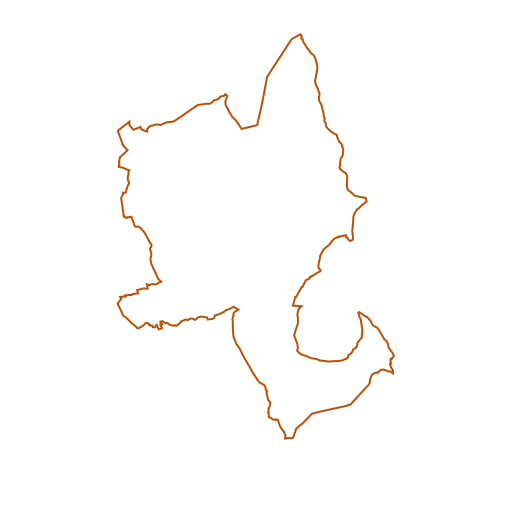 the district of Cojumatlán de Régules, Michoacán, Mexico, rotated 62°
{"feature_id": "50627088B52611553865920", "entity_name": "Cojumatlán de Régules", "entity_type": "district", "adm_level": 2, "iso_a3": "MEX", "parent_name": "Mexico", "parent_adm1": "Michoacán", "projection": "robinson", "projection_center": [-102.864, 20.109], "detail": "fine", "context": "isolated", "style": "outline", "palette": "amber", "viewbox_px": 512, "rotation_deg": 62, "n_neighbors": 0, "source": "geoboundaries", "source_scale": "gbopen_adm2", "svg_char_len": 6099}
<svg xmlns="http://www.w3.org/2000/svg" viewBox="0 0 512 512"><g transform="rotate(62 256 256)"><path d="M81.0,112.7L81.3,122.8L103.0,162.0L122.9,178.0L141.0,193.5L137.0,209.1L132.3,209.4L126.3,210.2L122.3,211.6L115.9,212.0L108.6,211.9L105.5,210.8L101.2,206.2L98.8,207.1L99.6,208.6L98.5,212.6L99.0,213.9L99.6,214.9L99.5,217.6L98.8,220.0L100.0,224.1L99.9,225.4L98.4,228.0L97.0,232.0L95.3,236.4L98.4,262.9L98.5,265.6L98.0,267.3L96.9,269.9L96.2,272.0L95.7,275.6L95.6,278.7L93.1,281.9L92.7,283.0L92.7,283.9L92.4,285.5L92.1,286.6L91.7,287.4L91.7,289.3L92.0,289.9L91.9,290.2L92.2,291.1L93.6,292.9L95.1,293.7L93.6,295.0L93.1,295.7L89.7,297.9L87.8,297.4L87.1,304.9L82.4,306.1L80.7,306.2L78.0,304.8L80.4,318.4L80.8,319.3L95.5,321.3L95.5,321.5L102.3,319.8L105.0,329.6L106.1,330.8L108.7,332.8L110.8,333.7L111.3,333.6L112.2,335.0L112.9,335.3L115.5,332.1L119.1,329.4L120.8,327.6L122.0,329.3L122.6,329.6L123.4,329.7L126.2,332.1L128.1,333.3L132.4,333.9L132.8,334.4L133.0,335.2L135.4,338.1L138.9,341.2L137.9,343.9L137.7,343.9L137.8,344.1L139.1,344.5L141.3,347.7L159.0,354.2L159.1,353.7L160.2,353.9L161.8,351.8L161.9,351.1L161.5,351.1L162.8,347.6L173.3,349.0L174.4,347.1L175.0,345.6L177.1,344.8L183.1,343.4L190.3,343.3L193.1,343.5L196.5,342.9L198.5,343.8L199.6,346.2L203.4,347.0L206.2,348.0L207.9,349.8L209.7,350.9L211.2,351.4L214.0,352.1L230.3,353.1L234.1,351.8L234.0,358.3L232.5,360.1L231.9,361.2L231.8,362.8L231.9,363.8L230.7,364.5L229.7,365.6L234.0,367.0L231.8,370.6L230.4,377.0L233.6,377.5L231.7,382.9L232.0,383.0L231.8,385.1L231.3,385.3L229.3,390.2L230.6,390.1L228.3,395.1L230.6,395.0L230.7,395.5L233.2,400.7L237.9,400.7L246.3,401.2L247.1,400.9L249.1,399.7L250.1,399.5L251.8,398.8L256.7,397.4L262.1,395.1L264.1,394.7L264.5,394.1L264.8,393.1L264.5,391.9L264.7,389.7L264.6,388.7L264.0,387.0L263.5,385.1L263.6,384.2L264.0,383.2L264.8,382.7L265.9,382.3L266.0,382.6L267.9,382.2L268.2,381.0L268.9,380.2L270.4,380.5L270.6,379.9L271.3,379.4L271.3,378.0L270.7,377.0L270.2,376.6L270.1,376.1L275.2,376.3L275.7,372.8L271.7,372.7L272.4,371.2L272.4,370.8L269.5,371.2L269.5,371.3L269.2,371.4L269.1,371.2L269.6,369.3L272.9,367.4L273.2,366.0L273.6,365.7L276.6,364.1L278.6,362.0L279.3,359.8L280.3,359.3L279.8,355.2L279.2,353.6L279.2,353.1L278.6,352.7L278.9,351.1L278.9,348.6L279.2,347.8L280.5,346.7L280.4,345.6L280.6,342.8L281.8,341.0L282.7,340.7L283.6,340.0L283.7,338.4L282.9,335.8L284.0,332.3L287.3,328.1L289.5,328.4L290.1,326.4L291.0,324.3L291.2,322.1L289.2,320.1L290.0,316.7L290.3,309.7L289.8,308.4L289.7,307.4L290.3,305.7L290.2,304.8L290.5,301.1L290.2,299.7L295.1,296.8L295.4,300.6L295.6,301.8L296.3,303.0L297.9,303.7L300.1,306.1L303.3,307.4L311.3,311.6L316.6,313.7L324.9,314.6L329.9,313.9L340.0,314.2L352.4,313.6L356.5,313.7L366.4,312.8L369.1,312.4L370.4,311.4L371.6,311.0L373.1,309.7L375.5,309.2L376.8,309.4L378.1,310.0L378.9,310.1L380.3,309.5L382.1,311.1L384.0,311.8L384.9,311.8L389.0,312.9L392.0,312.1L392.4,312.2L392.9,312.9L395.1,314.5L397.0,316.8L397.5,317.1L399.0,317.6L399.7,318.8L401.2,318.6L402.0,319.2L403.1,319.5L403.8,320.0L404.5,320.1L405.2,319.5L405.8,319.4L406.0,318.9L406.5,318.6L407.9,318.0L408.4,317.7L409.2,316.3L410.0,315.5L409.9,314.6L411.2,313.6L416.5,314.6L419.9,314.7L424.2,313.9L426.2,314.1L428.2,314.0L429.5,315.0L429.8,315.5L430.9,316.0L431.9,313.0L433.4,310.6L434.0,309.1L433.1,307.6L431.2,305.7L429.1,303.2L427.6,302.0L427.1,300.5L426.9,299.2L426.5,298.1L426.0,296.2L426.1,294.9L424.2,288.7L421.5,280.9L423.5,272.4L430.5,247.6L430.8,245.8L431.2,245.1L430.8,244.7L430.9,243.9L431.4,243.4L431.4,241.9L423.6,220.1L422.5,216.4L420.2,214.2L418.1,212.7L416.0,210.3L415.4,209.3L415.1,207.1L415.1,206.2L415.6,203.8L416.4,203.1L415.5,201.3L415.3,200.5L415.5,198.3L416.1,196.8L420.0,193.3L421.1,191.5L424.0,190.3L423.0,189.6L420.8,188.7L418.9,189.0L417.1,188.9L415.4,188.8L414.5,188.5L414.6,187.1L412.1,186.9L411.3,186.1L410.5,185.9L410.5,184.5L410.1,184.5L409.8,182.7L409.1,181.2L406.1,180.9L399.1,181.9L395.4,180.7L391.9,180.8L389.5,181.8L380.3,182.1L376.5,182.5L372.6,185.1L370.5,185.5L367.5,185.2L362.2,186.5L360.1,188.1L354.0,191.2L354.0,192.2L356.8,193.0L361.1,193.3L370.4,196.5L374.4,198.6L376.4,200.4L377.9,200.7L378.1,202.0L380.3,207.1L382.6,208.7L383.3,210.2L383.8,210.3L384.3,214.4L385.6,215.6L386.3,217.0L386.8,219.0L387.0,221.1L388.7,222.3L389.2,224.4L388.8,226.1L388.8,228.7L387.5,232.2L384.7,238.1L383.9,240.3L382.9,242.1L379.7,246.3L378.3,248.6L377.2,249.6L375.6,250.7L372.0,255.4L368.5,258.1L363.8,262.5L360.0,264.0L358.7,264.0L357.3,262.5L355.2,261.5L352.6,260.7L345.3,259.8L343.8,259.4L337.4,253.1L335.6,250.9L332.9,249.3L330.1,247.9L327.9,247.3L325.8,246.0L322.6,242.8L321.8,239.5L317.1,246.7L310.6,240.5L311.1,239.9L304.8,230.2L305.2,229.5L301.0,223.8L300.8,223.0L301.0,221.2L300.7,218.6L300.0,217.0L299.9,217.1L300.0,213.8L299.6,209.7L299.7,206.3L298.2,205.4L297.4,206.3L295.0,206.1L291.5,203.8L288.4,200.9L286.2,199.4L284.0,196.5L281.7,192.5L280.8,188.1L280.7,186.0L279.8,184.9L278.5,181.8L277.5,178.5L277.6,174.7L277.8,173.4L278.3,173.7L278.3,171.8L278.9,170.5L279.5,167.9L280.2,166.6L281.7,167.6L282.9,166.7L285.9,166.5L287.1,165.4L287.1,163.2L286.1,162.0L278.9,159.2L275.6,156.9L266.6,151.2L264.8,149.1L263.7,147.5L262.2,144.6L262.0,142.2L261.3,140.6L261.1,139.1L260.6,138.2L260.5,136.1L259.5,132.6L256.4,131.9L255.4,132.8L251.1,138.4L249.1,140.6L245.7,141.6L243.0,142.9L240.2,143.8L237.5,143.1L234.6,141.7L229.8,138.7L228.0,137.9L225.3,137.7L222.3,139.4L218.5,141.0L217.1,140.9L215.5,139.1L212.9,137.9L211.2,136.5L209.6,135.4L208.4,132.8L207.0,131.5L202.9,128.9L201.4,128.4L200.2,128.6L197.5,127.9L193.6,128.9L188.8,128.4L186.8,127.8L185.5,128.9L183.9,130.0L181.4,131.3L176.6,133.0L174.7,133.2L171.0,132.1L169.7,132.3L168.0,131.8L166.9,130.6L166.0,130.8L164.3,130.5L162.2,129.6L155.0,127.7L152.6,127.2L149.9,127.4L147.4,127.0L145.8,126.2L144.3,124.9L142.0,123.5L139.2,123.3L136.7,122.8L133.8,122.8L131.8,122.5L129.3,121.8L123.2,116.9L118.2,113.1L115.7,112.5L112.9,111.5L109.3,110.8L105.8,110.8L103.1,112.2L99.2,112.6L96.6,113.2L89.8,113.6L88.7,113.8L88.1,113.8L86.9,113.0L85.8,113.1L85.3,113.9L83.2,112.4L81.0,112.7Z" fill="none" stroke="#b45309" stroke-width="2"/></g></svg>